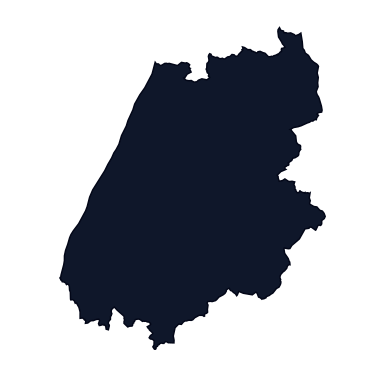 outline of Kilmuckridge Lea-4, Wexford, Ireland, rotated 172°
{"feature_id": "5873133B64504717779267", "entity_name": "Kilmuckridge Lea-4", "entity_type": "district", "adm_level": 2, "iso_a3": "IRL", "parent_name": "Ireland", "parent_adm1": "Wexford", "projection": "mercator", "projection_center": [-6.406, 52.51], "detail": "fine", "context": "isolated", "style": "filled", "palette": "ink", "viewbox_px": 384, "rotation_deg": 172, "n_neighbors": 0, "source": "geoboundaries", "source_scale": "gbopen_adm2", "svg_char_len": 5740}
<svg xmlns="http://www.w3.org/2000/svg" viewBox="0 0 384 384"><g transform="rotate(172 192 192)"><path d="M137.7,76.1L136.5,76.7L136.2,76.3L135.6,76.3L133.5,77.0L133.6,77.4L132.4,78.2L129.9,78.8L128.2,79.8L126.0,80.7L121.8,84.7L119.1,85.7L117.4,88.0L116.7,89.6L116.5,90.9L117.0,91.7L116.4,93.0L116.9,94.8L116.4,96.7L115.3,98.3L112.6,100.5L111.4,101.0L108.8,103.3L107.9,105.3L106.6,106.4L106.1,106.6L105.1,106.3L105.0,109.1L105.4,109.5L106.0,112.7L108.8,118.4L108.9,123.1L108.5,123.7L104.5,122.4L102.9,122.4L100.6,125.2L92.2,130.6L85.2,139.8L81.2,139.8L80.6,140.7L79.8,140.8L78.5,140.4L75.0,137.0L74.6,137.2L72.0,141.2L70.8,141.7L69.7,141.0L68.7,141.4L68.0,142.4L67.5,145.7L64.7,147.3L63.5,149.3L64.2,152.5L65.5,154.9L68.1,156.2L70.4,159.8L73.4,160.7L77.0,163.5L77.1,164.7L76.1,166.9L76.7,169.9L75.2,174.7L76.0,174.3L77.0,174.5L77.2,175.1L80.3,175.3L80.2,175.8L81.0,175.6L82.8,176.3L84.8,177.6L84.7,177.9L85.0,178.1L86.1,176.6L87.9,176.6L88.8,178.3L89.1,180.0L89.7,180.6L89.3,182.7L90.1,185.3L88.9,187.7L91.4,188.7L93.9,188.8L95.2,189.3L98.2,192.0L100.9,190.7L104.1,190.5L104.7,193.6L104.6,195.4L105.3,196.8L101.3,199.8L95.9,201.3L96.7,202.0L96.7,203.2L96.2,204.0L95.0,204.4L94.4,204.9L93.1,205.0L92.4,205.4L92.2,206.6L92.7,207.4L88.8,209.4L87.5,211.4L85.2,211.6L82.2,212.9L81.2,213.9L80.7,216.2L79.9,217.7L78.4,219.1L78.6,219.9L78.1,222.1L78.2,223.0L80.4,224.5L81.3,225.9L81.7,227.4L81.5,233.2L84.8,238.6L85.2,239.8L86.1,240.3L82.4,241.7L77.8,241.9L77.0,242.0L76.5,242.6L76.1,242.2L74.8,242.4L68.0,244.4L66.1,244.7L63.7,245.8L62.5,245.4L60.6,246.5L59.9,246.4L59.3,246.8L58.8,246.4L58.2,248.0L56.1,250.3L57.4,251.8L55.7,253.0L52.5,253.1L51.8,254.9L51.9,259.1L53.0,266.5L53.4,268.3L54.6,271.1L55.0,273.5L54.9,274.4L52.5,278.7L52.4,282.6L51.0,287.9L51.5,292.4L49.3,298.8L49.7,299.9L50.8,301.4L53.4,303.6L55.6,306.2L57.7,311.1L60.5,313.8L61.1,316.8L62.3,318.8L61.9,325.4L62.1,334.2L64.3,333.1L67.9,332.3L68.7,333.6L72.1,335.8L75.3,335.9L76.8,336.7L78.7,336.9L79.0,338.7L81.5,339.7L82.5,342.6L84.2,340.7L84.6,339.0L84.7,333.4L82.3,327.9L81.8,326.1L80.6,324.4L79.8,322.4L81.4,321.8L83.3,321.7L83.8,320.3L83.7,318.9L85.3,318.2L87.7,315.9L87.8,316.6L90.4,315.7L91.9,315.6L93.2,314.9L94.2,315.3L96.1,315.1L97.6,315.4L100.2,319.1L101.7,319.9L102.3,319.8L102.6,320.3L105.0,321.8L107.2,321.7L107.5,321.2L109.0,320.6L110.2,321.8L111.3,322.2L111.8,322.7L113.3,323.0L113.0,323.4L114.4,324.9L117.0,325.2L119.8,327.7L121.8,328.6L121.5,326.8L122.7,326.0L122.2,325.2L126.6,321.8L127.6,320.4L129.9,320.2L131.2,322.0L133.3,322.6L135.5,320.9L138.0,320.8L141.0,319.2L142.2,319.4L143.2,320.2L145.2,320.0L147.2,320.8L147.5,321.5L148.4,322.0L150.1,321.9L153.6,324.0L154.2,324.6L153.9,325.6L155.2,326.5L156.2,325.5L156.9,324.1L156.8,320.0L157.9,318.0L159.2,317.3L159.4,316.7L160.1,312.9L160.8,311.8L160.8,311.0L160.1,310.1L160.5,309.4L160.3,308.3L160.0,308.4L159.8,307.5L158.9,307.0L159.0,305.9L159.5,305.2L159.1,304.3L159.4,304.1L158.5,303.1L158.9,302.5L161.7,301.0L166.5,302.7L170.1,301.8L171.8,300.5L174.7,300.5L177.2,302.5L179.5,302.6L182.1,303.4L183.7,304.9L183.4,305.1L183.5,305.5L184.2,306.1L182.8,306.6L180.4,309.4L176.2,310.9L177.2,314.3L176.6,314.7L177.2,315.0L177.7,316.6L176.6,318.3L177.7,319.6L179.2,320.7L180.8,320.6L184.4,321.8L188.4,319.4L189.2,319.4L196.6,322.5L198.4,322.5L199.5,323.0L201.2,323.1L204.2,321.8L205.6,321.7L206.5,322.1L207.1,323.2L207.9,323.7L209.2,323.4L210.4,325.6L215.1,314.4L224.2,301.8L230.1,295.5L236.5,287.1L239.1,281.5L245.4,271.7L247.9,266.4L253.9,257.7L257.7,249.4L261.2,244.6L263.9,241.6L266.8,236.9L271.4,231.1L275.5,225.1L290.0,207.9L294.1,201.1L297.8,192.1L300.0,188.1L308.6,176.4L314.9,170.1L317.7,166.8L319.5,163.8L322.3,157.5L325.3,151.8L327.2,146.6L327.9,141.8L329.1,137.9L333.4,127.6L333.4,126.6L334.6,125.6L334.7,125.0L334.3,124.7L334.2,123.2L333.5,123.0L333.0,121.2L331.2,120.7L329.9,119.6L329.0,118.1L329.7,117.3L329.0,118.0L327.9,118.1L326.9,117.1L326.6,115.5L326.9,111.9L326.4,109.8L327.2,102.7L327.0,102.0L325.3,102.1L323.8,100.9L323.1,98.1L322.2,98.4L321.8,98.0L320.0,93.4L319.5,88.8L320.4,82.5L317.9,82.5L316.8,81.3L316.3,80.3L315.8,80.5L315.1,79.1L315.8,76.8L313.4,76.8L310.5,78.5L308.4,78.6L308.0,78.3L304.5,79.1L301.9,79.0L301.4,77.6L302.9,74.6L302.4,72.7L300.6,72.7L299.6,73.4L298.4,72.6L297.4,73.1L296.9,72.0L296.1,71.5L296.1,68.1L294.0,67.2L292.5,71.1L292.6,72.2L293.1,72.7L293.0,74.4L292.3,75.6L290.5,77.2L290.1,80.0L289.2,80.8L288.7,82.3L288.3,82.5L288.7,84.5L288.3,86.1L288.0,86.8L286.2,88.2L284.8,88.8L282.6,85.5L276.7,78.6L276.5,77.3L276.9,76.5L276.6,74.6L277.3,73.3L277.6,71.4L274.4,67.3L272.5,67.8L270.0,67.6L269.3,68.5L269.0,70.0L267.9,70.5L267.9,71.3L266.9,71.9L266.5,73.0L265.3,73.6L263.7,73.7L262.4,73.6L261.1,72.9L259.1,70.8L257.4,70.9L257.2,70.6L255.7,70.5L254.3,69.5L253.0,69.5L252.7,68.9L251.4,67.7L251.4,66.6L252.8,65.7L255.1,64.8L254.3,63.1L253.8,62.7L253.3,61.3L251.1,58.6L250.6,57.8L250.7,57.1L251.4,56.5L253.1,55.7L254.7,53.6L253.6,52.2L253.0,52.2L251.3,51.3L250.2,49.9L250.9,45.9L252.3,44.1L251.1,41.6L250.2,41.4L249.8,41.6L249.8,42.3L249.3,42.4L249.2,43.5L247.7,44.0L246.8,45.3L245.8,45.5L245.1,46.3L243.0,46.7L242.2,46.2L240.9,46.0L239.1,47.6L237.5,47.0L236.6,46.1L230.9,45.1L230.4,47.7L230.6,52.0L227.7,59.9L223.6,63.1L220.9,62.4L218.5,64.6L216.8,65.3L215.4,65.1L213.0,65.5L210.6,65.0L209.1,65.3L206.8,67.1L202.1,68.9L198.7,68.4L197.4,67.2L196.8,67.4L196.8,68.9L196.6,69.3L194.1,70.1L193.3,70.8L193.1,73.6L191.9,77.8L192.6,80.1L191.6,81.3L189.0,81.2L187.3,80.7L183.8,81.2L182.4,82.1L180.0,84.2L175.4,85.9L173.5,87.0L172.0,88.8L171.7,90.1L170.2,91.1L168.6,91.5L167.6,89.2L165.9,88.2L165.1,86.9L163.1,85.1L162.2,83.1L161.5,83.7L159.5,87.1L155.3,84.6L146.6,81.8L142.7,84.0L141.6,82.7L140.7,78.7L139.1,77.8L137.7,76.1Z" fill="#0f172a" stroke="#020617" stroke-width="1.5"/></g></svg>